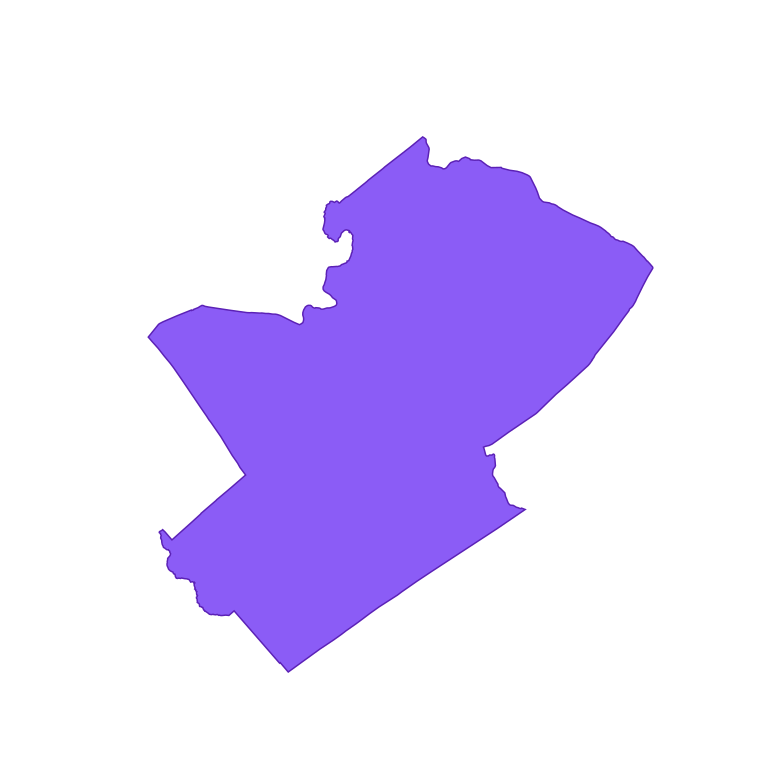 Balaci, Teleorman, Romania (Albers equal-area conic projection), rotated 142°
{"feature_id": "2599482B69496145689", "entity_name": "Balaci", "entity_type": "district", "adm_level": 2, "iso_a3": "ROU", "parent_name": "Romania", "parent_adm1": "Teleorman", "projection": "albers", "projection_center": [24.893, 44.347], "detail": "fine", "context": "isolated", "style": "filled", "palette": "violet", "viewbox_px": 768, "rotation_deg": 142, "n_neighbors": 0, "source": "geoboundaries", "source_scale": "gbopen_adm2", "svg_char_len": 6171}
<svg xmlns="http://www.w3.org/2000/svg" viewBox="0 0 768 768"><g transform="rotate(142 384 384)"><path d="M201.4,554.9L218.0,554.5L249.8,554.6L252.1,554.4L270.9,554.3L272.7,554.1L291.8,553.8L296.9,553.8L298.1,554.3L299.5,554.6L304.5,554.4L307.2,554.0L307.9,554.2L308.0,554.5L308.1,556.1L308.5,557.2L309.1,557.4L311.3,557.6L312.2,559.6L313.5,560.8L314.3,560.9L315.8,559.8L317.7,560.3L319.4,560.3L319.7,559.6L320.4,558.9L321.6,558.4L322.9,557.0L325.3,556.3L325.5,555.8L325.2,555.2L325.2,554.7L325.5,554.4L328.3,553.0L328.5,552.3L328.4,551.1L329.2,550.7L329.4,549.9L329.8,549.5L331.9,547.4L336.8,543.6L337.1,542.8L337.1,541.7L337.8,539.0L337.6,538.0L336.7,536.6L336.5,535.7L336.7,535.2L337.9,534.7L337.9,534.4L337.6,532.4L336.3,531.8L336.1,531.4L335.7,529.3L335.4,529.0L335.2,528.4L335.0,526.6L335.1,526.0L334.1,525.7L333.1,525.0L332.0,525.0L331.0,526.3L330.1,526.8L327.8,527.0L324.7,529.1L321.1,529.4L319.9,529.2L318.8,528.7L316.9,526.2L318.0,525.5L318.1,525.0L317.9,524.5L317.1,524.6L316.9,524.4L317.1,521.4L317.0,520.4L319.5,517.7L319.9,516.4L320.3,515.9L321.2,515.3L323.8,512.9L323.9,512.1L325.6,509.4L326.8,508.8L327.9,507.5L329.0,507.1L331.3,505.3L335.9,502.9L337.5,503.6L338.1,502.8L339.8,502.8L341.0,503.4L341.9,503.5L343.8,504.2L345.9,504.1L348.3,505.2L348.8,505.7L352.7,508.3L353.2,508.8L355.5,510.0L356.2,510.0L359.3,508.7L362.0,505.9L362.6,504.9L365.5,502.1L368.7,500.0L369.5,499.3L371.9,498.2L372.9,497.2L373.7,495.9L373.8,494.1L373.3,492.2L371.7,488.2L371.4,486.4L371.4,483.7L370.2,479.9L370.3,478.9L371.5,476.6L372.8,475.6L373.9,475.5L375.6,475.8L378.8,476.9L380.3,477.6L382.1,479.0L385.9,480.5L387.0,481.3L387.5,481.8L387.7,482.8L388.3,483.8L390.8,486.2L391.7,486.3L392.1,486.7L393.0,488.4L393.1,490.3L393.6,491.3L395.2,492.6L396.3,493.0L398.5,493.1L401.7,491.8L404.0,490.2L405.5,488.4L406.5,485.9L407.5,484.4L408.7,483.3L410.2,482.3L412.8,482.5L414.1,482.8L416.9,487.9L423.4,501.6L425.4,504.6L426.7,506.0L428.8,507.7L431.4,510.5L433.9,512.5L436.5,515.1L438.3,516.4L444.4,521.8L445.9,522.8L447.9,524.5L460.8,537.8L474.8,552.6L477.4,555.6L478.0,556.9L479.0,558.0L481.2,558.4L483.4,558.6L488.2,560.0L488.4,559.7L489.0,559.9L490.4,560.4L490.3,560.9L505.1,565.2L520.0,569.1L523.8,569.8L525.0,569.8L540.9,566.1L540.6,559.9L540.0,551.3L540.0,541.5L539.7,531.7L539.8,526.4L540.8,509.6L543.0,477.6L543.6,467.5L544.0,463.6L544.0,460.7L545.0,443.0L547.6,421.1L548.1,411.7L548.9,406.8L549.1,397.5L568.0,396.5L587.2,395.8L588.1,395.6L607.8,394.7L608.5,394.4L621.7,393.4L647.1,391.7L647.6,402.1L648.1,405.5L648.9,405.4L651.8,405.9L652.5,405.4L652.6,405.0L652.1,403.8L652.6,403.2L652.9,401.7L654.0,401.0L654.4,400.5L654.8,400.2L655.4,397.7L656.4,396.3L657.2,394.8L657.6,393.9L658.0,391.9L658.3,391.3L658.3,390.8L657.8,389.7L657.3,387.5L656.9,386.8L655.9,386.2L656.1,385.5L655.8,384.4L655.9,384.0L656.3,383.4L656.5,382.9L656.6,381.7L657.7,380.8L658.6,380.4L661.7,379.8L662.2,379.4L662.6,378.8L664.0,377.7L664.9,376.4L665.6,376.0L666.3,375.1L666.8,374.2L667.4,371.7L667.7,371.2L667.7,369.7L667.4,368.2L666.6,366.5L666.1,365.8L666.5,364.8L666.5,364.0L666.4,363.4L665.9,363.0L665.9,362.8L666.6,361.2L667.0,360.6L667.1,360.1L666.9,359.2L667.2,358.8L666.6,358.0L665.3,357.4L664.0,356.0L663.0,355.8L661.1,353.5L659.4,351.9L658.0,349.9L658.3,346.9L656.6,346.1L656.1,344.8L655.5,344.7L655.4,344.4L655.4,344.0L655.6,343.6L656.7,343.6L656.8,343.0L657.4,342.5L658.2,340.4L658.4,339.4L659.4,339.0L659.0,337.7L659.7,337.1L659.3,335.7L659.9,335.4L661.1,333.7L661.4,332.9L661.0,332.5L661.0,332.3L662.3,331.4L663.0,331.5L663.2,331.3L663.7,330.5L663.7,329.4L664.4,328.6L665.1,327.3L665.6,327.0L665.6,326.5L665.2,325.7L665.0,324.9L665.3,323.8L666.1,322.6L666.2,322.2L665.0,320.8L665.0,320.2L664.4,319.5L664.8,318.5L664.9,317.8L665.2,317.0L664.8,316.0L665.1,315.4L664.8,315.2L664.2,313.5L663.5,311.1L663.4,310.1L662.1,308.6L660.4,307.7L660.2,307.2L658.6,305.6L657.4,305.2L656.6,303.4L655.9,303.1L655.5,302.4L654.4,301.4L651.0,299.3L648.7,297.1L641.8,297.5L638.2,228.9L638.0,228.1L637.3,228.2L636.8,216.0L597.8,214.6L580.3,213.3L571.2,212.9L566.1,212.9L552.1,212.2L536.4,211.9L525.1,211.4L503.5,209.4L497.9,209.3L479.5,208.3L461.3,206.9L384.0,200.4L350.0,198.2L352.0,201.5L352.7,201.5L353.7,202.5L354.6,204.2L355.5,205.2L356.7,208.4L357.0,208.9L359.0,210.7L359.3,211.7L359.4,212.9L359.3,214.1L357.9,218.7L357.6,220.2L355.8,223.9L356.6,230.4L357.0,231.4L357.0,232.2L356.7,234.0L355.9,234.8L355.6,237.4L354.8,242.4L354.8,243.7L354.7,245.0L353.8,246.4L351.4,248.8L350.1,249.7L348.2,250.1L346.5,251.0L342.7,256.8L342.2,258.1L340.8,259.7L340.6,260.4L340.7,261.1L341.1,261.5L342.8,261.6L344.5,263.0L346.1,263.1L347.4,264.0L347.6,264.6L347.5,265.6L345.2,270.9L344.5,273.0L342.4,272.4L339.0,270.8L335.8,270.1L315.6,269.3L282.7,267.1L280.7,267.2L254.8,270.0L239.5,270.8L211.9,272.9L209.3,273.4L205.1,274.7L205.2,274.9L202.3,275.7L199.6,277.0L170.8,283.8L154.6,288.6L147.1,290.6L145.6,291.1L144.2,292.0L141.7,292.0L139.4,292.5L134.9,294.3L131.8,296.0L119.6,301.9L110.1,306.2L101.0,309.7L100.6,310.1L100.3,310.9L100.5,315.5L100.7,317.2L100.7,318.6L101.1,319.0L101.1,323.8L101.5,325.6L102.2,332.9L102.5,338.5L103.0,340.1L103.5,341.4L104.0,342.3L105.3,345.0L107.8,349.4L108.8,349.9L109.8,350.8L110.7,352.2L111.2,353.4L112.5,355.0L112.9,356.3L112.9,358.2L113.2,359.1L114.1,360.2L114.2,360.6L114.1,362.2L114.3,364.2L115.1,367.2L115.2,367.7L115.1,368.0L116.7,373.8L117.7,376.3L119.6,379.7L122.3,384.0L127.5,394.2L131.2,400.9L135.7,410.7L137.8,416.5L138.1,418.1L138.9,420.0L139.8,421.4L141.0,422.7L142.2,425.0L145.9,428.8L146.4,429.6L146.8,430.9L147.1,434.7L145.0,440.7L143.8,445.0L141.4,456.8L141.4,457.6L141.6,458.6L142.3,460.4L145.1,465.5L148.2,469.7L153.3,475.0L157.8,480.8L158.3,481.7L158.3,482.5L166.4,488.6L168.2,492.5L170.2,500.2L171.4,502.1L175.0,504.7L177.9,507.6L177.7,508.7L180.1,512.7L183.9,513.8L188.1,513.5L188.5,513.8L189.0,514.8L190.0,515.6L191.0,516.1L194.9,517.3L196.3,517.2L201.5,516.0L203.3,516.1L205.0,517.1L205.5,518.8L207.5,521.7L209.6,523.6L211.3,525.8L212.8,526.9L213.5,529.8L212.9,532.5L212.4,533.4L209.9,535.4L204.5,540.6L203.8,541.3L203.1,542.7L202.3,547.7L201.6,549.1L200.5,550.5L200.3,551.2L200.7,553.0L201.4,554.9Z" fill="#8b5cf6" stroke="#5b21b6" stroke-width="1.5"/></g></svg>